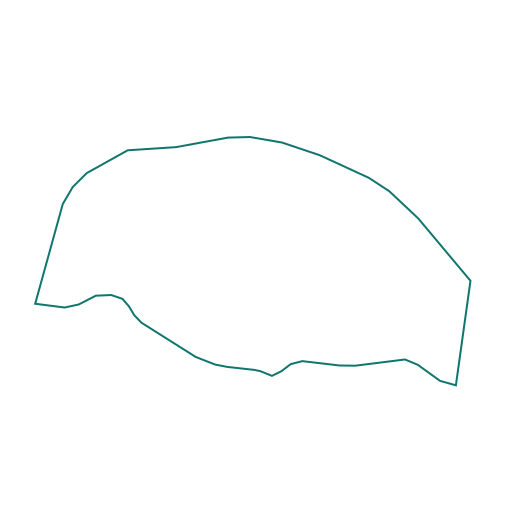 SVG path tracing the border of Govĭ-Sümber, rotated 95°
{"feature_id": "MNG-3330", "entity_name": "Govĭ-Sümber", "entity_type": "Municipality", "adm_level": 1, "iso_a3": "MNG", "parent_name": "Mongolia", "parent_adm1": "", "projection": "albers", "projection_center": [108.387, 47.737], "detail": "fine", "context": "isolated", "style": "outline", "palette": "teal", "viewbox_px": 512, "rotation_deg": 95, "n_neighbors": 0, "source": "natural_earth", "source_scale": "10m", "svg_char_len": 614}
<svg xmlns="http://www.w3.org/2000/svg" viewBox="0 0 512 512"><g transform="rotate(95 256 256)"><path d="M367.4,45.6L364.4,61.7L350.3,85.3L346.1,98.6L356.6,147.4L357.8,163.0L356.7,200.7L360.7,212.0L368.6,220.7L374.0,229.7L370.4,241.4L369.6,247.7L369.0,274.7L367.7,287.3L361.8,307.3L332.4,364.4L325.4,372.3L317.2,378.2L310.3,385.3L307.5,396.9L309.5,412.1L319.8,428.5L324.0,442.1L322.8,471.8L221.0,453.0L203.3,444.6L188.2,431.9L161.9,393.1L154.5,345.1L140.5,294.3L138.0,272.4L140.7,240.0L150.0,201.5L168.3,150.4L179.9,128.8L204.5,97.6L262.0,40.2L367.4,45.6Z" fill="none" stroke="#0f766e" stroke-width="2"/></g></svg>